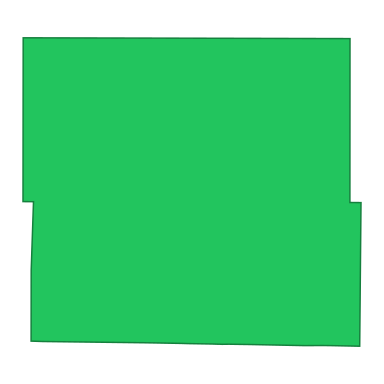 the district of Page, Iowa, United States of America
{"feature_id": "52423323B95233245971314", "entity_name": "Page", "entity_type": "district", "adm_level": 2, "iso_a3": "USA", "parent_name": "United States of America", "parent_adm1": "Iowa", "projection": "mercator", "projection_center": [-95.164, 40.738], "detail": "fine", "context": "isolated", "style": "filled", "palette": "green", "viewbox_px": 384, "rotation_deg": 0, "n_neighbors": 0, "source": "geoboundaries", "source_scale": "gbopen_adm2", "svg_char_len": 519}
<svg xmlns="http://www.w3.org/2000/svg" viewBox="0 0 384 384"><path d="M154.0,342.9L181.4,343.4L188.2,343.6L212.3,344.0L218.5,344.2L219.6,344.2L219.8,344.2L222.0,344.3L228.9,344.2L241.7,344.4L249.5,344.5L304.7,345.6L322.8,345.5L330.9,345.6L359.7,346.2L361.0,202.6L349.9,202.5L350.0,38.6L23.2,37.8L23.0,201.6L33.5,201.7L31.2,270.3L31.1,341.1L42.7,341.5L58.6,341.7L140.2,342.7L142.2,342.7L143.1,342.7L146.1,342.8L146.5,342.8L147.3,342.8L147.5,342.8L154.0,342.9Z" fill="#22c55e" stroke="#15803d" stroke-width="1.5"/></svg>